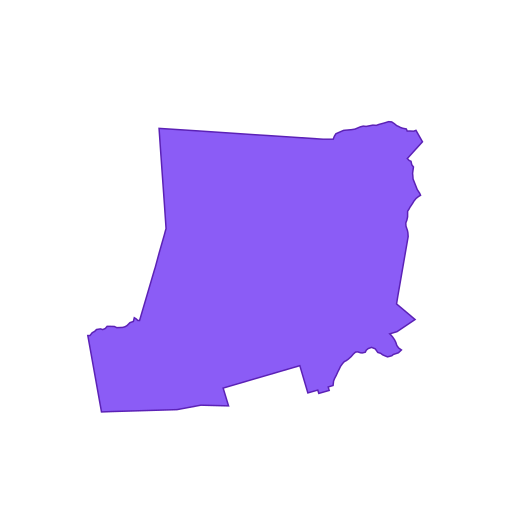 Mossoró, Rio Grande do Norte, Brazil (orthographic projection), rotated 74°
{"feature_id": "56859067B95592626644190", "entity_name": "Mossoró", "entity_type": "district", "adm_level": 2, "iso_a3": "BRA", "parent_name": "Brazil", "parent_adm1": "Rio Grande do Norte", "projection": "orthographic", "projection_center": [-37.301, -5.186], "detail": "fine", "context": "isolated", "style": "filled", "palette": "violet", "viewbox_px": 512, "rotation_deg": 74, "n_neighbors": 0, "source": "geoboundaries", "source_scale": "gbopen_adm2", "svg_char_len": 1888}
<svg xmlns="http://www.w3.org/2000/svg" viewBox="0 0 512 512"><g transform="rotate(74 256 256)"><path d="M179.3,67.6L179.5,70.0L178.3,73.5L177.6,76.2L175.3,76.5L173.6,79.8L172.1,81.9L170.7,83.3L169.5,84.8L167.0,86.5L164.5,88.6L163.4,91.5L163.5,96.1L163.4,101.6L163.6,104.3L162.4,107.6L161.8,114.4L160.7,117.1L160.6,120.0L161.3,125.9L160.9,129.3L159.4,137.1L159.7,139.7L160.5,145.5L162.5,147.7L165.0,149.6L162.2,159.4L143.1,212.4L142.4,214.4L139.6,222.3L119.7,277.4L106.6,314.0L128.1,318.6L181.1,329.8L204.9,334.9L206.4,335.9L210.6,338.4L226.6,348.4L239.2,356.0L241.6,357.6L285.9,385.7L285.4,387.4L283.6,388.4L281.8,390.0L285.1,391.9L285.3,395.5L287.3,399.1L287.9,401.4L287.9,403.8L286.5,409.6L284.7,411.6L283.3,416.0L282.6,418.5L284.1,420.8L284.5,423.6L283.2,425.6L282.7,429.6L284.0,431.9L284.6,434.6L286.7,437.5L286.1,439.6L363.3,447.5L365.8,437.4L381.9,374.3L384.2,350.1L392.5,323.7L373.9,324.0L373.7,290.3L373.7,286.5L373.6,267.6L373.5,244.1L401.9,243.9L401.9,233.6L405.4,233.5L405.4,222.7L401.8,222.7L401.7,217.6L397.6,215.9L395.5,214.3L392.9,211.8L389.7,209.1L387.6,207.1L385.4,205.2L383.2,202.4L381.8,200.1L381.5,198.2L380.6,195.7L378.9,192.2L377.0,189.3L375.8,186.8L376.2,184.6L377.8,182.3L378.5,180.5L378.6,177.5L376.9,175.9L375.9,173.6L375.7,170.1L378.1,167.0L382.3,165.5L383.9,163.0L385.9,161.5L387.4,159.7L389.2,157.4L389.3,155.0L389.3,152.9L388.5,151.1L388.3,145.8L386.4,142.1L383.8,144.2L380.8,145.3L377.7,145.4L374.8,145.9L371.5,147.0L369.5,147.9L367.7,148.9L367.6,141.3L360.9,120.6L340.8,134.1L333.4,130.6L279.3,104.4L275.6,103.6L273.5,103.4L268.6,103.6L265.5,102.9L263.1,101.1L260.2,99.5L254.7,97.9L253.2,96.1L251.8,94.8L248.5,90.9L246.8,89.1L244.8,86.3L243.6,83.3L243.0,81.1L240.8,81.4L236.6,82.7L225.3,83.8L221.9,83.1L219.7,82.7L213.8,80.1L211.2,81.1L207.7,80.9L206.3,82.5L204.0,83.7L192.1,64.5L179.3,67.6Z" fill="#8b5cf6" stroke="#5b21b6" stroke-width="1.5"/></g></svg>